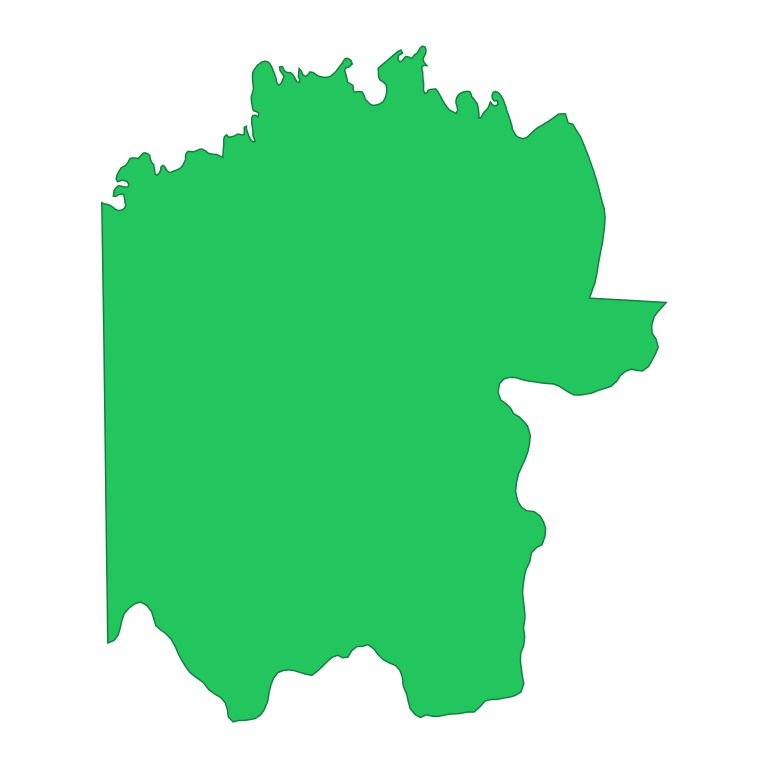 Amaturá, Amazonas, Brazil
{"feature_id": "56859067B85663685806708", "entity_name": "Amaturá", "entity_type": "district", "adm_level": 2, "iso_a3": "BRA", "parent_name": "Brazil", "parent_adm1": "Amazonas", "projection": "equal_earth", "projection_center": [-68.265, -3.42], "detail": "fine", "context": "isolated", "style": "filled", "palette": "green", "viewbox_px": 768, "rotation_deg": 0, "n_neighbors": 0, "source": "geoboundaries", "source_scale": "gbopen_adm2", "svg_char_len": 5994}
<svg xmlns="http://www.w3.org/2000/svg" viewBox="0 0 768 768"><path d="M666.2,302.5L589.4,298.1L592.5,289.6L595.0,282.7L596.5,275.4L599.0,260.4L600.1,254.7L600.6,251.3L602.4,243.2L604.4,227.8L605.1,217.9L604.2,208.4L602.0,201.5L598.0,185.4L595.7,177.6L593.6,170.9L588.6,156.7L583.5,143.8L580.6,136.9L576.2,130.1L572.9,124.2L568.2,123.0L565.4,113.9L561.0,113.8L557.9,114.4L555.3,116.6L551.4,119.2L548.5,121.3L545.5,122.9L542.7,124.9L537.9,127.5L535.6,129.3L533.1,131.5L526.7,137.6L522.9,138.6L518.0,137.3L515.7,135.1L514.5,132.8L512.5,129.6L511.8,125.4L509.9,119.3L508.7,115.7L507.6,112.9L506.7,110.4L505.9,106.8L504.8,104.1L504.0,101.7L502.6,98.4L500.9,95.6L498.5,92.8L495.6,91.4L493.0,92.5L492.1,95.3L492.2,98.2L494.2,101.0L497.6,100.7L497.8,104.5L495.2,106.0L492.4,104.8L490.3,102.0L488.6,106.9L487.0,109.3L484.5,111.7L482.8,113.9L481.1,117.7L478.9,118.0L479.0,114.2L478.1,107.3L477.3,103.8L475.5,101.6L474.2,99.4L472.0,97.1L471.0,93.9L469.8,91.6L466.4,91.3L463.5,91.9L461.1,92.9L458.8,94.4L457.0,97.0L456.2,99.6L455.9,102.8L456.9,105.7L457.7,110.3L456.1,113.4L450.0,110.3L447.7,108.0L445.2,104.6L442.7,100.5L441.0,97.1L437.8,91.4L435.7,88.9L430.2,89.5L427.9,90.3L427.0,92.8L424.8,93.3L423.5,90.5L423.7,83.7L423.1,80.1L422.8,76.1L422.7,72.2L421.9,69.5L422.0,66.6L423.9,65.4L426.9,65.6L424.0,62.3L422.9,59.2L424.1,56.4L425.7,53.7L426.0,49.7L424.8,46.8L422.3,46.1L420.2,47.9L418.7,50.4L417.3,53.1L414.4,54.8L412.9,57.2L411.1,58.5L408.7,57.0L405.8,56.4L403.7,58.7L402.1,61.1L399.9,61.8L398.0,59.7L398.5,55.4L400.6,54.4L402.6,53.1L401.0,50.0L398.1,51.3L395.7,53.3L378.1,68.2L378.4,72.2L378.6,77.1L380.3,80.2L383.4,82.2L386.1,85.0L386.7,88.7L386.6,92.6L386.0,95.6L384.8,98.7L383.1,101.6L380.2,103.8L376.5,104.9L373.7,105.4L371.7,105.0L369.5,103.6L365.3,99.3L364.2,95.7L362.3,92.0L358.8,91.4L356.7,91.9L354.1,92.1L353.1,88.8L353.1,85.6L347.4,81.9L347.0,78.8L345.7,73.5L344.6,70.1L346.0,67.7L348.9,67.0L352.3,64.0L351.0,60.5L349.2,59.2L347.3,58.2L345.0,58.8L343.6,60.8L342.1,63.4L335.3,72.2L333.5,73.8L331.2,75.8L329.1,76.9L326.3,77.4L322.7,77.1L318.1,76.1L315.9,74.4L313.3,72.6L309.9,71.9L308.0,74.7L305.4,76.5L302.7,74.6L301.3,70.9L299.2,68.5L298.6,72.8L298.5,77.4L300.0,79.4L299.5,82.3L296.9,81.9L294.9,78.0L292.9,74.6L290.5,72.6L287.3,72.6L284.2,70.7L282.6,66.7L279.6,66.8L280.0,70.4L281.8,73.1L284.1,76.2L281.1,83.5L278.7,85.2L276.7,82.6L276.2,78.9L272.6,68.9L270.3,64.3L268.6,62.3L266.7,61.5L264.6,61.2L261.4,62.3L257.8,65.0L254.6,69.0L252.7,72.6L252.5,76.4L252.6,79.9L253.5,88.9L252.6,92.3L251.3,96.3L251.3,99.5L252.0,104.1L252.6,108.4L253.6,110.8L256.0,111.4L258.8,113.1L258.1,116.7L255.3,115.3L252.8,115.4L251.7,118.0L251.8,123.1L252.9,131.5L253.0,135.8L254.3,139.0L255.1,141.5L252.9,142.0L250.7,139.7L248.8,135.9L247.4,131.9L246.5,129.3L246.4,126.2L244.3,127.3L244.3,130.8L244.2,134.4L241.6,135.1L239.7,134.2L237.1,134.2L235.3,135.5L233.3,136.3L231.1,136.9L228.7,137.2L226.7,134.8L224.5,136.6L223.8,139.1L223.7,144.8L223.4,148.5L222.8,157.3L220.2,156.2L216.7,154.5L212.7,154.2L209.3,153.6L207.5,152.7L205.6,150.9L202.2,149.1L199.8,149.2L197.4,150.4L193.5,151.8L190.5,151.5L187.9,151.4L186.1,153.4L185.5,156.4L185.5,159.7L182.8,165.3L181.2,167.2L179.3,168.8L176.6,170.1L173.6,171.1L170.7,172.4L168.6,172.2L166.3,169.8L164.6,166.4L162.6,165.3L161.0,167.0L160.6,170.5L159.0,173.4L156.7,175.2L155.0,173.7L154.7,170.3L153.7,164.8L151.5,162.1L150.4,159.0L149.7,155.3L147.9,153.9L145.6,152.9L143.5,153.0L141.7,154.5L140.3,156.5L138.1,158.5L135.9,158.1L133.5,157.9L130.0,158.4L128.0,162.4L125.5,165.6L123.6,166.4L121.2,167.9L118.8,171.5L117.0,175.1L116.2,179.2L117.6,181.7L119.9,181.1L122.2,179.9L124.8,180.9L126.9,181.5L128.7,184.0L128.0,187.1L125.0,187.1L121.1,186.1L118.5,185.7L115.9,187.8L114.1,190.6L113.3,196.1L115.6,196.5L118.4,194.7L121.6,194.0L123.7,194.7L124.7,198.9L125.0,202.5L125.7,205.2L124.7,208.0L122.4,209.8L119.8,210.5L117.2,210.2L115.2,209.1L112.6,207.0L109.6,205.2L107.0,204.3L104.0,203.8L101.8,202.6L103.9,338.9L104.5,387.1L105.2,441.4L106.8,571.4L107.0,580.1L107.6,627.4L107.6,632.1L107.8,643.0L114.1,640.4L118.1,635.1L120.1,628.4L121.8,620.9L124.2,613.6L129.5,607.7L134.5,604.0L140.5,602.0L146.7,605.4L151.5,611.4L153.9,619.1L155.9,625.8L160.8,629.9L165.7,633.6L171.2,639.2L175.4,646.9L178.7,654.6L181.8,660.4L185.4,666.2L189.8,672.3L194.6,676.3L203.5,682.7L208.8,689.7L215.0,694.2L220.9,697.6L225.2,702.8L227.4,709.6L228.3,716.8L233.1,721.9L238.4,720.5L244.4,720.4L250.0,719.6L255.3,718.5L260.4,715.1L264.2,709.8L267.8,700.9L269.1,692.5L270.8,685.1L273.7,678.0L277.9,672.6L283.4,670.5L289.1,669.9L294.5,670.7L305.8,674.2L312.0,675.3L317.9,670.7L322.8,666.1L327.6,661.2L332.4,657.3L337.6,655.2L342.7,657.8L348.0,657.1L352.0,650.4L357.2,646.4L362.2,646.4L368.0,644.6L374.0,649.1L377.8,654.3L383.1,659.5L388.6,662.6L395.8,665.6L399.9,670.4L402.3,676.9L403.3,686.3L406.7,694.2L408.4,701.9L410.2,708.7L415.4,714.8L420.4,717.6L426.4,714.8L432.0,716.1L437.6,716.5L449.5,714.1L455.1,713.9L460.6,713.4L466.9,712.1L474.2,712.0L480.0,706.8L485.3,700.8L492.1,699.4L497.7,699.3L503.9,698.0L509.6,697.2L515.4,695.4L520.9,692.1L523.8,683.7L522.3,676.0L520.4,661.2L520.7,653.3L523.6,645.8L524.7,637.0L523.5,627.5L525.0,618.1L524.6,610.9L523.6,602.1L522.5,592.9L523.1,585.6L524.4,576.3L526.1,569.4L529.8,561.7L531.4,552.9L536.8,547.3L541.9,544.9L545.0,536.3L545.6,528.2L543.4,521.7L539.9,515.7L533.8,511.5L526.8,510.9L521.5,507.3L517.8,501.4L515.5,491.1L516.6,482.0L518.6,473.4L525.0,459.6L527.9,451.6L529.4,444.6L530.3,435.5L527.6,426.1L523.9,421.6L519.1,416.8L513.8,413.9L510.2,407.5L505.4,403.4L500.7,399.9L498.0,392.1L499.6,383.5L504.0,378.9L509.5,377.4L515.8,377.6L523.2,379.9L529.4,381.2L535.3,381.9L541.1,382.9L547.0,383.5L553.2,383.9L558.8,386.0L568.9,392.4L574.3,395.0L580.4,395.0L585.8,394.2L592.2,392.9L598.0,390.5L610.9,386.4L616.9,381.1L620.4,375.6L625.6,371.3L631.3,369.2L636.7,370.4L642.7,370.9L648.5,366.5L652.0,360.5L655.3,354.2L658.2,347.4L656.1,339.1L652.1,333.1L651.7,325.6L654.0,317.0L657.7,311.9L666.2,302.5Z" fill="#22c55e" stroke="#15803d" stroke-width="1.5"/></svg>